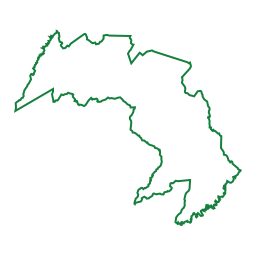 the district of Nossa Senhora do Livramento, Mato Grosso, Brazil
{"feature_id": "56859067B77677345991641", "entity_name": "Nossa Senhora do Livramento", "entity_type": "district", "adm_level": 2, "iso_a3": "BRA", "parent_name": "Brazil", "parent_adm1": "Mato Grosso", "projection": "natural_earth1", "projection_center": [-56.488, -15.933], "detail": "fine", "context": "isolated", "style": "outline", "palette": "green", "viewbox_px": 256, "rotation_deg": 0, "n_neighbors": 0, "source": "geoboundaries", "source_scale": "gbopen_adm2", "svg_char_len": 5796}
<svg xmlns="http://www.w3.org/2000/svg" viewBox="0 0 256 256"><path d="M225.1,185.9L226.2,183.4L226.9,182.9L227.2,181.0L230.0,182.7L231.3,182.6L232.7,181.5L233.8,179.3L233.2,176.9L234.5,176.5L235.4,177.6L235.9,175.8L237.8,174.5L238.8,172.3L240.5,170.9L240.6,170.3L238.9,169.8L238.2,169.2L238.2,168.5L232.6,163.8L232.3,162.0L231.9,161.5L231.3,161.3L230.2,162.3L229.6,161.2L228.5,160.4L227.7,157.5L226.9,156.1L226.2,155.3L223.9,154.7L223.8,152.5L223.4,151.5L221.0,148.0L221.3,136.1L219.9,135.4L219.1,133.4L218.1,133.6L215.2,131.0L214.0,130.8L213.6,130.1L212.9,131.0L212.2,130.6L212.2,129.9L211.7,129.9L210.8,129.1L211.0,127.5L209.6,127.4L209.8,125.3L209.4,124.0L209.6,121.0L208.9,118.7L208.0,117.8L208.3,117.0L208.9,117.4L209.6,117.0L209.9,116.5L209.7,115.1L208.8,112.4L208.9,111.1L209.7,109.2L209.3,107.6L208.1,106.2L207.1,101.5L204.4,99.5L203.0,97.3L202.6,96.4L202.5,94.5L201.9,93.9L201.5,92.1L201.0,91.2L200.4,90.9L197.7,91.3L194.2,96.3L189.5,95.1L187.5,93.2L185.8,93.0L184.9,92.1L185.3,88.5L185.0,87.0L181.9,82.7L182.5,80.3L182.3,78.0L181.9,77.3L189.7,68.7L190.7,67.1L190.9,65.7L189.9,62.6L189.0,63.3L187.3,62.2L153.3,51.3L152.6,50.6L151.7,50.5L146.7,51.7L142.7,55.2L139.7,52.7L131.3,63.3L128.0,53.6L129.7,50.7L130.7,49.8L133.4,44.7L132.6,44.6L130.9,43.1L131.3,40.3L130.6,38.8L129.9,38.3L129.8,37.2L130.4,36.0L109.5,35.6L106.7,34.9L103.6,35.5L103.6,38.7L101.6,41.4L100.0,41.9L99.1,43.5L98.6,43.8L96.0,44.3L95.3,42.6L92.5,43.2L88.4,40.0L87.0,39.4L87.1,37.2L86.3,36.0L85.9,34.5L85.1,33.9L83.9,34.3L70.8,43.6L68.8,46.4L67.3,45.7L65.3,48.0L63.2,48.4L60.9,45.7L61.1,44.7L62.2,43.3L62.1,42.7L59.7,41.7L58.7,38.2L59.4,36.8L58.9,33.0L57.7,32.4L57.2,31.2L56.7,31.0L56.7,32.8L55.0,33.6L53.2,35.8L52.3,35.8L52.4,36.6L51.4,36.2L51.7,37.3L49.9,37.0L51.1,38.5L50.6,39.0L50.8,39.6L49.7,40.9L48.7,41.0L49.3,42.0L49.1,42.7L48.2,42.6L47.8,43.1L48.0,44.0L46.4,44.0L47.2,45.6L45.8,46.0L45.3,46.6L43.3,46.7L43.7,47.7L42.3,48.1L44.1,49.1L44.4,50.6L43.4,52.2L43.9,53.4L42.9,54.2L42.4,53.9L42.3,54.5L41.1,54.2L40.4,54.5L40.7,55.5L39.5,55.5L39.6,56.7L38.6,57.2L38.8,57.7L38.1,57.9L38.0,58.6L38.4,59.2L37.0,61.1L37.3,62.3L36.8,63.0L36.0,63.1L36.0,64.1L35.1,64.7L35.2,65.4L34.6,66.0L34.7,66.8L33.8,67.3L34.1,67.9L33.2,68.5L35.1,70.8L33.8,73.3L33.9,74.2L33.0,75.0L32.4,74.7L31.9,74.0L31.3,73.9L30.2,75.8L31.0,79.4L28.8,83.5L27.4,85.1L27.4,85.9L24.5,90.1L23.3,94.3L23.7,95.9L23.2,97.1L22.7,97.8L21.5,98.2L20.4,100.0L19.1,100.2L18.9,100.7L17.1,101.8L15.7,103.1L16.0,107.6L15.4,110.9L53.0,89.0L53.0,91.5L52.1,94.1L52.2,95.2L53.4,100.7L53.3,101.7L53.9,102.0L54.7,101.8L55.0,101.1L56.1,100.3L57.0,100.6L58.0,100.0L61.4,94.5L63.4,95.1L64.6,94.3L66.8,94.0L68.2,92.7L69.7,93.4L72.6,94.0L73.2,94.8L72.7,95.2L72.9,96.8L75.1,99.4L74.5,101.0L75.9,101.5L76.3,100.9L77.0,101.1L78.0,104.3L79.2,105.1L79.7,104.6L82.0,105.0L84.0,106.1L85.6,105.0L88.6,100.4L91.1,97.9L92.2,99.5L92.8,98.9L94.3,99.3L96.3,98.6L96.9,98.8L97.7,100.0L97.3,101.4L98.0,101.9L98.7,101.6L99.8,101.9L101.3,101.4L101.7,100.8L105.7,99.5L107.8,97.6L108.4,97.6L109.4,98.4L111.7,98.1L114.7,98.8L118.3,97.6L120.2,97.4L122.6,99.7L123.4,101.0L125.8,102.5L127.3,104.2L130.1,105.5L130.6,107.5L134.9,107.3L134.6,108.7L133.5,109.9L133.4,111.7L132.4,113.8L131.5,115.4L130.3,116.3L129.8,117.9L130.0,119.3L131.0,120.6L131.3,122.9L130.5,129.6L132.2,131.1L132.8,132.6L134.1,132.6L135.7,133.4L138.2,135.6L139.3,135.6L139.7,137.0L141.0,137.8L142.1,140.3L144.4,140.6L146.7,142.7L147.4,142.5L147.5,143.2L149.2,144.6L153.8,146.1L154.4,146.4L155.0,147.9L156.9,148.3L159.6,149.9L159.2,150.5L159.9,150.9L160.1,152.5L159.8,154.7L161.5,156.8L161.3,158.7L161.8,161.7L160.8,165.4L159.0,167.3L158.3,167.5L157.6,169.0L156.4,169.4L156.0,171.1L154.7,171.8L152.2,174.9L152.2,175.8L152.7,175.9L152.2,176.8L151.6,177.7L150.4,177.8L150.3,179.2L151.0,179.8L150.8,180.7L150.2,180.6L149.9,183.5L148.4,184.6L148.5,186.1L145.4,188.2L144.7,188.0L143.3,189.1L142.3,188.0L141.2,187.9L138.4,189.9L137.4,192.8L138.2,194.6L137.8,196.6L135.8,198.6L134.8,201.4L134.4,203.7L134.9,204.1L135.1,203.3L136.0,202.7L141.0,201.4L141.9,199.7L141.8,198.2L144.3,196.7L146.2,197.8L146.7,198.6L148.9,198.3L149.3,197.7L152.2,195.9L153.2,193.7L153.9,193.5L156.1,194.3L160.0,193.6L160.8,194.2L163.4,194.5L164.4,192.3L167.1,191.7L167.5,191.1L168.3,191.4L169.2,191.2L171.0,189.7L171.7,188.4L171.7,187.7L170.1,186.1L170.4,183.6L171.3,183.0L173.0,183.3L175.7,180.8L178.1,181.2L190.1,180.0L189.5,189.0L188.7,190.7L186.2,193.0L185.4,194.8L184.7,197.9L184.4,199.5L185.0,200.8L184.6,202.4L184.7,205.7L183.6,208.0L182.8,208.5L181.6,210.3L180.7,212.8L178.2,214.7L176.2,217.4L175.5,222.2L177.4,223.6L178.1,222.3L178.5,222.9L178.3,223.8L179.7,223.5L180.4,224.6L181.6,225.0L181.8,224.3L181.4,222.2L181.9,222.0L183.2,223.4L183.8,223.4L184.2,222.2L187.2,220.9L187.6,221.9L188.5,221.7L190.1,222.7L191.0,222.0L191.2,221.4L190.9,220.8L191.5,219.8L190.7,219.2L191.0,218.5L191.6,218.1L191.4,216.3L192.6,215.4L193.4,213.3L194.1,213.1L194.7,214.3L195.9,214.3L196.4,214.8L195.9,216.7L196.4,217.3L197.4,216.3L196.8,214.2L197.9,213.1L200.8,215.9L202.6,215.7L202.9,215.2L200.9,211.7L200.9,210.9L202.5,209.8L203.1,210.7L204.4,211.1L203.9,209.6L204.6,209.4L205.1,210.1L205.9,210.1L206.4,209.6L205.7,209.1L206.4,205.1L206.9,205.2L206.9,208.3L207.3,208.7L208.1,208.7L208.5,208.1L208.6,206.3L209.4,207.6L209.9,207.4L210.0,206.3L210.3,205.7L211.3,205.5L212.1,207.9L213.5,208.7L214.4,208.2L213.5,207.1L214.0,204.8L214.5,204.5L215.4,205.3L216.5,205.0L216.5,203.4L215.1,201.4L215.6,200.6L217.1,202.0L218.5,202.0L219.7,200.4L219.7,199.8L219.1,199.9L219.1,199.2L219.8,198.9L218.6,198.0L218.3,197.3L218.4,196.4L219.5,197.0L221.8,196.6L222.6,197.0L224.7,194.2L223.7,193.2L224.1,192.8L225.2,193.0L225.4,190.0L223.5,188.4L224.0,185.7L224.8,185.2L225.1,185.9ZM225.1,185.9L224.6,187.8L225.4,188.1L225.4,186.5L225.1,185.9Z" fill="none" stroke="#15803d" stroke-width="2"/></svg>